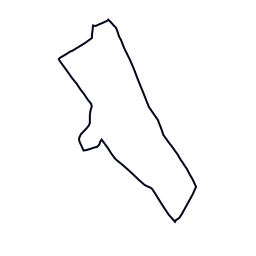 Al-Midaina, Al-Basrah, Iraq, rotated 144°
{"feature_id": "34846034B84303625922159", "entity_name": "Al-Midaina", "entity_type": "district", "adm_level": 2, "iso_a3": "IRQ", "parent_name": "Iraq", "parent_adm1": "Al-Basrah", "projection": "mercator", "projection_center": [47.228, 30.976], "detail": "fine", "context": "isolated", "style": "outline", "palette": "ink", "viewbox_px": 256, "rotation_deg": 144, "n_neighbors": 0, "source": "geoboundaries", "source_scale": "gbopen_adm2", "svg_char_len": 1647}
<svg xmlns="http://www.w3.org/2000/svg" viewBox="0 0 256 256"><g transform="rotate(144 128 128)"><path d="M80.3,227.2L81.6,226.9L84.4,227.5L87.2,228.0L90.3,228.8L93.8,229.5L94.4,229.7L95.4,230.8L96.0,231.5L97.9,229.4L99.8,227.3L102.4,224.5L104.3,222.0L112.4,222.0L127.8,223.2L130.2,223.9L132.1,223.9L137.2,224.3L142.1,224.8L143.6,224.3L143.8,221.1L143.8,215.4L143.8,208.4L143.9,202.7L143.9,200.9L143.5,193.9L143.8,187.6L143.6,180.8L143.9,175.0L143.6,169.1L144.7,166.7L148.3,164.0L151.3,160.8L156.0,154.4L158.3,153.0L162.2,152.0L166.5,151.2L170.0,150.6L173.8,148.3L175.2,145.8L175.9,142.4L176.1,141.0L177.2,135.9L174.2,134.4L171.4,133.5L170.4,133.1L167.2,132.2L164.1,130.9L160.9,131.5L158.9,133.0L156.1,134.1L156.1,133.7L156.1,128.3L156.1,123.5L156.5,117.1L156.5,110.9L156.0,108.5L154.2,101.9L152.6,94.7L150.9,86.3L149.8,80.0L148.0,72.0L144.5,65.7L144.3,63.8L144.6,58.1L145.1,51.6L145.7,42.5L146.0,33.8L145.1,25.0L145.1,24.5L143.3,25.3L139.3,25.1L134.7,26.9L118.9,34.3L117.6,34.9L114.3,36.5L109.3,39.4L107.5,40.4L106.7,44.4L105.9,48.7L105.3,54.7L104.4,60.4L104.3,65.1L104.1,67.6L104.1,71.1L103.4,77.3L103.4,78.7L103.4,79.6L103.4,80.6L103.4,83.3L103.3,88.7L103.5,90.3L103.5,91.8L103.5,94.0L103.5,96.9L103.5,99.4L103.4,101.9L102.0,106.2L100.9,110.0L100.2,113.0L99.8,114.8L99.1,116.5L99.1,117.5L99.1,119.6L99.0,122.3L98.8,129.9L98.8,131.7L98.6,133.5L98.0,135.1L97.7,137.1L96.6,141.0L94.7,148.5L91.8,160.3L90.7,164.4L89.8,167.6L88.6,172.1L86.4,181.7L85.9,184.5L85.8,185.4L85.1,189.2L84.2,194.7L81.8,203.8L81.7,206.0L81.2,208.1L79.8,212.1L79.1,215.1L78.8,216.3L79.3,219.5L79.7,223.7L80.3,227.2Z" fill="none" stroke="#020617" stroke-width="2"/></g></svg>